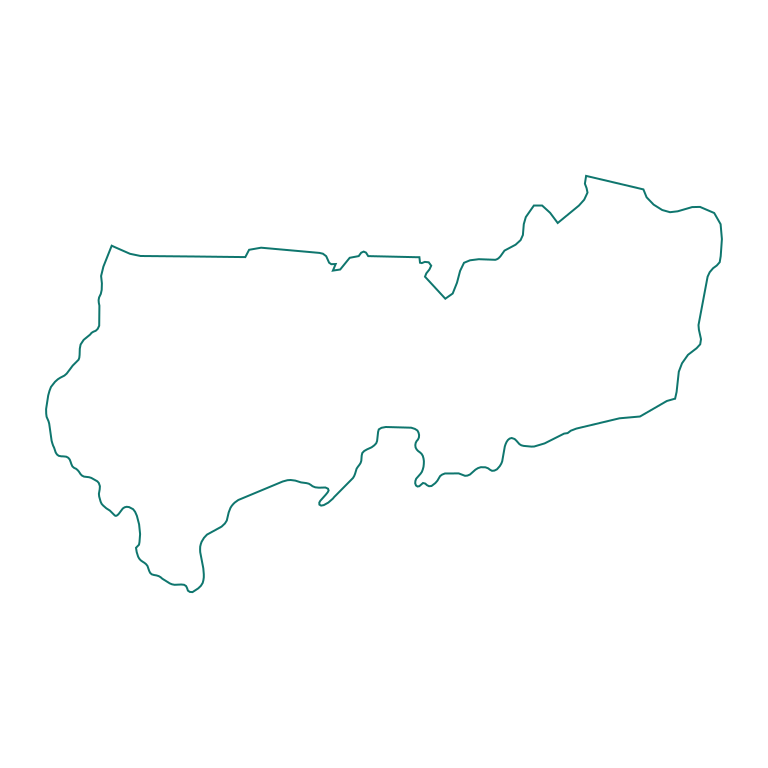 outline of Upper East
{"feature_id": "GHA-2156", "entity_name": "Upper East", "entity_type": "Region", "adm_level": 1, "iso_a3": "GHA", "parent_name": "Ghana", "parent_adm1": "", "projection": "robinson", "projection_center": [-0.916, 10.731], "detail": "fine", "context": "isolated", "style": "outline", "palette": "teal", "viewbox_px": 768, "rotation_deg": 0, "n_neighbors": 0, "source": "natural_earth", "source_scale": "10m", "svg_char_len": 4243}
<svg xmlns="http://www.w3.org/2000/svg" viewBox="0 0 768 768"><path d="M643.4,189.4L646.6,197.3L653.6,204.6L662.2,210.0L670.0,212.2L677.7,211.3L692.1,207.1L700.0,206.9L714.2,213.0L720.6,224.2L721.9,239.1L720.7,256.2L719.7,262.2L716.8,265.5L713.1,268.2L709.7,272.2L707.6,276.7L698.5,325.1L698.9,329.7L701.0,339.2L700.2,344.3L696.6,348.2L688.0,354.8L682.0,363.3L678.8,371.7L676.6,391.9L675.1,398.7L674.9,398.7L666.8,401.0L640.0,416.5L619.5,418.3L576.3,428.6L570.8,430.7L567.6,433.1L564.1,433.6L544.6,443.4L534.2,446.5L531.4,446.6L523.7,445.9L521.3,445.3L519.4,444.1L516.3,440.6L514.6,439.0L511.7,438.0L509.6,438.6L507.9,440.0L506.6,441.9L505.6,444.1L504.8,446.5L502.2,461.3L501.3,463.6L499.8,466.1L497.0,469.3L494.4,470.6L492.0,470.8L490.1,469.8L488.1,468.3L485.4,467.3L480.8,467.2L478.0,468.1L475.4,469.7L470.0,474.5L467.4,475.6L465.0,475.8L458.7,473.4L444.9,473.5L442.1,474.6L440.1,476.1L437.4,480.7L435.3,483.1L431.5,486.0L429.0,486.2L426.9,485.1L425.3,483.6L423.0,483.0L419.3,486.2L417.5,486.5L416.0,485.5L415.2,483.3L415.4,480.9L416.2,478.7L420.6,473.7L421.9,471.8L422.8,469.4L423.5,466.8L423.8,464.1L423.9,461.1L423.5,458.4L422.8,455.9L421.6,453.9L420.0,452.4L418.2,451.1L416.7,449.5L415.6,447.5L415.3,445.1L415.7,442.9L416.6,441.1L418.0,439.5L418.9,437.5L419.1,435.0L418.5,432.6L417.4,430.5L414.9,428.9L411.2,427.7L385.8,427.0L381.5,427.8L378.8,429.4L378.1,431.9L377.1,440.9L376.2,443.3L374.2,445.4L371.6,447.3L367.0,449.4L364.2,451.0L362.3,453.0L361.7,455.5L361.3,460.8L360.6,462.9L359.7,464.4L357.8,466.9L356.6,468.7L355.1,473.7L354.2,476.0L353.0,478.0L336.2,495.0L334.2,497.0L332.9,498.6L328.3,502.6L323.8,505.1L321.1,505.6L319.4,504.6L319.3,502.6L320.3,500.8L325.4,495.1L325.5,495.0L325.6,494.9L327.7,492.3L328.6,490.5L328.0,488.7L325.4,487.5L319.0,487.7L315.2,487.3L312.5,486.2L310.8,484.9L308.8,483.7L306.4,483.1L301.0,482.4L295.3,480.6L290.7,480.0L287.5,480.2L282.7,481.5L238.3,500.0L234.7,502.6L233.2,504.1L231.7,505.9L230.5,507.8L228.7,512.4L226.8,520.5L224.9,523.5L221.6,526.6L207.0,534.6L204.0,537.8L201.6,541.8L200.8,544.1L200.2,546.6L200.1,549.3L200.2,552.1L203.3,568.3L203.8,574.2L203.8,577.3L203.4,580.2L202.7,582.9L200.9,585.8L198.2,588.4L192.5,592.1L189.8,591.9L187.9,590.6L187.1,588.2L186.1,586.1L184.1,584.8L181.3,584.5L174.6,584.8L172.0,584.3L169.8,583.4L162.3,578.7L160.6,577.2L158.7,576.1L156.4,575.4L154.0,575.0L151.7,574.3L150.1,572.8L149.1,570.7L147.5,566.0L146.1,564.2L144.4,562.8L142.5,561.6L140.7,560.3L139.2,558.6L138.1,556.6L136.7,552.1L136.0,547.8L139.0,544.7L139.5,542.0L140.1,534.1L139.1,524.4L136.9,515.9L135.1,511.8L133.1,509.2L129.1,507.1L126.7,506.8L124.6,507.3L122.8,508.5L118.8,513.8L117.4,515.2L116.2,515.8L115.3,515.8L114.3,515.0L109.9,510.6L106.3,508.3L103.1,505.5L101.6,503.8L100.6,501.6L99.2,496.6L98.9,493.8L99.7,489.3L99.9,486.2L98.8,483.0L97.3,481.3L91.3,477.9L89.0,477.2L84.0,476.6L82.0,475.6L80.6,474.2L78.9,471.6L77.7,470.2L76.1,468.8L74.1,467.9L72.4,466.4L71.4,464.2L70.6,461.8L69.7,459.5L68.3,457.8L66.3,456.7L63.7,456.4L61.2,456.3L58.7,455.8L57.0,454.5L55.7,452.5L54.1,447.7L53.1,445.6L52.3,443.2L51.6,440.7L49.2,423.7L48.5,421.2L46.6,416.8L46.2,413.6L46.1,409.1L48.2,395.5L49.5,390.8L51.0,386.9L55.0,381.8L57.8,379.3L60.3,377.7L64.4,375.6L66.7,373.6L72.7,365.6L78.6,359.7L79.3,357.7L79.6,354.9L79.8,348.7L80.6,344.5L83.7,339.8L90.1,334.6L91.5,332.9L93.4,331.7L95.7,330.8L97.7,328.9L99.2,325.7L99.4,305.6L98.8,302.8L98.6,300.1L99.1,297.4L100.8,293.9L101.7,289.9L101.9,283.4L101.1,276.0L103.4,266.6L111.7,245.7L115.9,247.6L130.0,253.8L140.6,256.0L194.4,256.5L245.3,257.1L249.1,249.8L261.1,247.7L319.4,252.9L322.9,253.7L326.2,256.2L329.1,262.7L331.3,264.2L335.7,264.0L332.9,270.6L340.2,269.5L349.7,257.8L358.7,256.1L361.2,252.7L363.7,251.6L366.0,252.6L368.2,256.1L416.4,257.2L419.4,257.2L420.0,262.7L421.8,263.1L424.8,261.9L428.7,262.3L431.2,265.7L429.4,269.5L426.3,273.4L425.0,276.7L445.3,298.7L452.7,293.5L457.0,282.7L460.1,270.9L464.0,262.8L470.0,260.3L478.8,259.2L495.3,259.8L496.8,259.3L498.2,258.5L499.4,257.4L500.5,256.2L504.5,250.6L515.6,244.7L520.6,240.1L522.9,235.0L523.8,224.1L525.8,217.1L533.9,205.5L542.1,205.5L550.1,212.8L557.7,223.0L578.9,205.6L584.2,199.7L587.5,192.6L586.6,188.2L584.9,183.7L586.1,175.9L643.4,189.4Z" fill="none" stroke="#0f766e" stroke-width="2"/></svg>